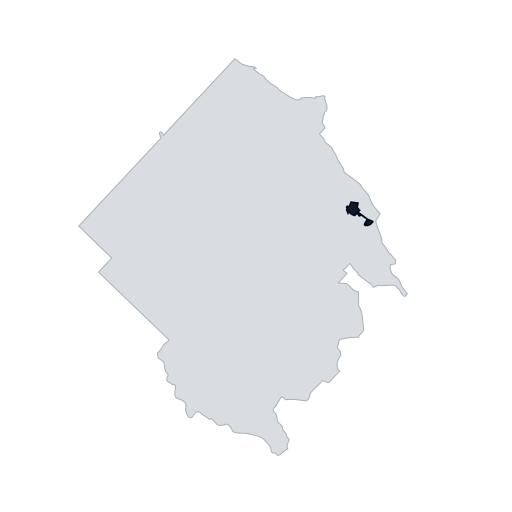 Al Galabat Al Gharbyah - Kassab, Gedarif, Sudan (highlighted), rotated 313°
{"feature_id": "16777658B97978388224054", "entity_name": "Al Galabat Al Gharbyah - Kassab", "entity_type": "district", "adm_level": 2, "iso_a3": "SDN", "parent_name": "Sudan", "parent_adm1": "Gedarif", "projection": "natural_earth1", "projection_center": [35.305, 13.365], "detail": "fine", "context": "in_parent", "style": "filled", "palette": "ink", "viewbox_px": 512, "rotation_deg": 313, "n_neighbors": 0, "source": "geoboundaries", "source_scale": "gbopen_adm2", "svg_char_len": 4945}
<svg xmlns="http://www.w3.org/2000/svg" viewBox="0 0 512 512"><g transform="rotate(313 256 256)"><path d="M331.6,392.5L327.9,392.5L327.6,391.5L327.6,388.8L328.0,386.7L329.4,383.4L329.0,381.6L329.3,379.0L328.3,376.1L319.5,367.7L317.8,365.4L313.1,363.2L313.9,360.9L312.0,343.6L313.0,341.6L313.2,338.6L313.2,336.0L314.4,331.5L314.5,329.7L305.2,329.5L305.0,331.4L305.5,333.6L305.4,334.4L292.4,334.5L297.6,341.2L297.8,344.2L297.6,347.9L297.6,350.3L297.9,351.8L299.3,354.8L299.2,355.4L298.9,356.1L289.6,365.1L288.1,369.3L286.8,371.5L284.1,375.2L275.7,384.8L274.3,385.5L267.9,385.8L267.2,386.1L266.7,386.5L266.5,386.4L261.0,380.7L251.8,373.9L245.6,377.5L244.0,378.8L243.9,382.1L243.0,383.7L241.3,385.5L236.8,386.7L234.4,387.7L231.6,389.5L228.9,392.6L228.7,394.2L229.0,395.6L213.4,395.6L212.3,394.4L210.1,389.4L208.5,389.7L194.3,389.1L192.2,389.6L188.2,391.7L186.1,392.0L184.0,391.1L176.6,381.0L175.0,379.8L173.3,377.4L171.7,376.4L171.2,375.6L171.0,374.6L171.1,372.4L170.6,371.0L169.4,370.7L159.3,373.0L157.9,372.7L155.8,373.1L155.0,373.6L154.2,374.9L154.0,377.6L153.7,379.0L153.0,380.5L150.1,383.9L149.4,385.4L149.5,389.2L149.3,391.0L148.9,391.9L147.6,393.4L147.2,394.2L146.6,399.0L145.0,401.9L144.7,402.9L144.5,405.0L144.3,405.7L139.7,407.3L138.0,408.4L137.0,410.0L136.7,410.7L134.8,410.1L132.3,409.7L127.5,409.2L125.7,408.4L124.8,407.3L125.1,404.4L124.6,403.7L123.8,403.2L123.3,402.0L123.5,400.5L126.0,397.1L126.5,395.3L127.3,386.9L127.1,384.3L125.2,379.6L120.7,371.4L119.6,369.8L113.9,363.1L113.3,362.1L111.9,359.3L113.5,353.1L113.7,351.3L113.3,349.6L111.9,348.2L110.6,348.1L108.9,346.4L107.8,345.7L106.8,344.2L106.2,342.2L106.8,334.8L106.5,333.9L105.0,333.6L104.7,333.1L104.7,331.7L104.0,327.5L103.2,324.1L103.7,322.2L102.5,319.5L100.2,318.4L95.6,319.3L94.2,319.1L93.2,318.7L92.6,317.7L92.2,316.6L92.6,314.9L93.9,311.8L95.6,309.2L98.9,306.9L99.8,305.6L100.3,304.3L100.4,302.7L100.2,301.0L99.8,299.5L98.9,297.5L98.0,295.1L98.0,293.5L98.5,292.4L99.4,291.0L102.7,288.3L106.0,286.0L106.6,285.3L106.4,284.3L104.9,282.5L104.5,278.9L103.7,276.4L105.4,274.5L106.6,273.8L108.6,273.2L109.4,272.5L109.6,270.9L109.6,269.5L110.3,268.4L111.3,266.1L112.0,265.1L114.6,262.4L115.2,260.7L115.4,259.0L114.8,253.9L116.3,251.8L118.2,250.1L120.9,250.2L125.0,249.8L127.9,249.1L129.9,249.1L134.5,250.0L135.0,249.6L135.3,248.3L136.8,151.8L155.9,151.9L156.1,151.7L157.0,106.0L276.8,106.1L277.8,105.9L279.8,101.6L280.6,101.3L281.8,101.6L282.2,102.6L281.2,106.0L385.8,106.0L386.1,111.2L386.9,115.4L389.9,121.4L392.4,124.6L393.4,126.4L393.4,127.2L393.3,127.9L392.6,127.1L391.3,126.5L391.1,129.3L391.7,135.0L392.8,139.0L392.0,142.7L392.2,149.0L393.5,156.5L393.3,161.3L395.5,172.5L397.6,178.8L398.8,180.3L400.1,181.1L402.7,181.6L406.4,184.8L409.3,188.1L410.4,189.9L411.8,191.8L412.8,191.5L413.4,191.0L414.4,192.5L419.1,195.9L419.8,197.4L418.1,198.9L416.2,201.5L415.2,204.0L414.7,204.8L413.2,206.3L412.9,207.0L412.2,207.5L411.5,207.5L409.9,208.4L408.5,208.1L407.0,208.6L406.5,209.1L405.3,209.6L403.8,209.9L401.3,212.0L399.2,213.0L398.5,213.8L397.4,217.9L396.6,219.0L393.4,219.1L391.9,219.4L389.8,219.0L388.8,219.0L388.5,219.9L388.1,223.4L388.2,225.0L386.4,229.0L387.0,236.5L385.3,242.1L385.0,243.4L383.3,247.9L382.4,249.5L380.2,257.8L379.4,260.4L377.5,263.1L379.5,283.1L377.9,289.2L378.0,292.6L376.9,297.5L376.0,299.8L374.6,302.5L373.4,305.6L372.4,309.7L371.7,317.3L371.4,318.0L365.8,319.0L364.0,319.5L362.8,320.4L361.4,322.4L358.5,327.8L357.0,331.1L354.7,335.6L351.9,338.8L351.3,340.4L350.9,343.3L349.9,347.9L348.9,351.1L349.1,353.8L348.2,358.3L348.4,360.5L347.4,361.8L346.1,362.9L345.2,363.2L341.3,360.2L338.6,362.3L336.9,365.2L335.5,368.2L336.3,374.5L336.2,375.9L335.8,377.4L333.2,383.6L332.5,386.4L331.6,391.4L331.6,392.5Z" fill="#d9dde1" stroke="#a8b0b8" stroke-width="1"/><path d="M360.8,318.1L360.8,317.8L360.8,317.7L360.8,317.3L359.6,314.1L359.4,313.7L358.9,312.4L358.8,310.8L358.6,309.1L358.3,305.7L358.1,304.7L357.5,300.6L360.0,300.7L359.9,300.5L360.4,298.9L360.4,298.4L360.4,298.0L360.5,297.3L360.8,296.8L361.0,296.6L364.4,294.5L360.8,289.5L360.6,289.2L360.4,288.9L360.2,288.7L358.8,289.3L358.5,289.5L358.1,289.6L357.2,289.9L357.1,290.0L356.9,290.2L356.3,290.1L356.0,290.1L355.4,290.0L355.0,289.7L354.8,289.0L354.7,288.8L353.5,288.8L353.1,289.6L352.8,290.6L352.2,290.6L351.6,290.7L351.5,290.9L351.1,291.7L350.0,294.1L350.5,293.9L350.8,293.9L351.2,293.7L351.7,293.5L351.8,293.5L352.0,293.7L351.8,294.5L351.5,295.4L351.6,296.7L351.9,298.1L352.2,298.8L352.2,299.0L352.6,300.2L353.0,300.6L356.0,300.7L356.2,300.8L356.3,300.8L356.1,302.2L355.8,303.4L355.7,304.0L356.0,304.6L356.4,304.6L357.8,304.7L358.3,308.9L358.9,312.4L354.6,313.2L353.0,313.8L353.0,314.0L352.9,314.2L352.8,314.3L352.8,314.5L353.0,314.6L352.9,314.7L352.8,314.9L353.0,315.1L353.0,315.3L353.3,315.3L353.8,315.6L354.0,315.8L354.1,316.4L354.1,316.6L354.3,316.8L355.1,317.2L356.4,317.8L356.8,318.0L357.8,318.2L358.4,318.2L359.6,318.2L360.8,318.1Z" fill="#0f172a" stroke="#020617" stroke-width="1.5"/></g></svg>